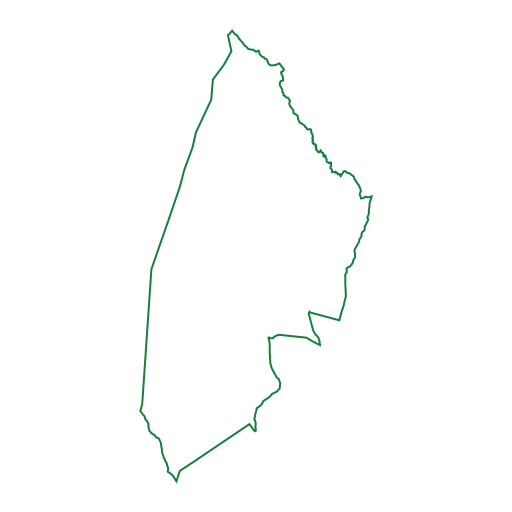 Jaman South Municipal, Brong Ahafo, Ghana
{"feature_id": "2480657B92052873943163", "entity_name": "Jaman South Municipal", "entity_type": "district", "adm_level": 2, "iso_a3": "GHA", "parent_name": "Ghana", "parent_adm1": "Brong Ahafo", "projection": "equal_earth", "projection_center": [-2.766, 7.621], "detail": "fine", "context": "isolated", "style": "outline", "palette": "green", "viewbox_px": 512, "rotation_deg": 0, "n_neighbors": 0, "source": "geoboundaries", "source_scale": "gbopen_adm2", "svg_char_len": 5958}
<svg xmlns="http://www.w3.org/2000/svg" viewBox="0 0 512 512"><path d="M371.7,196.4L369.1,197.2L367.8,197.3L365.7,196.7L365.3,196.7L363.8,197.9L361.1,198.5L360.6,197.3L360.3,195.8L359.7,194.9L359.8,193.7L360.8,191.1L360.8,190.4L360.1,188.3L359.3,186.3L358.6,184.8L358.3,184.4L357.6,183.9L357.4,183.6L357.0,182.6L356.1,181.6L355.9,181.3L355.5,180.2L354.5,179.0L353.8,176.6L351.0,174.5L350.7,174.5L350.4,173.9L350.2,173.7L349.0,173.0L347.6,173.0L347.2,172.9L346.6,172.1L345.9,171.9L345.4,171.2L345.2,171.1L344.8,171.2L344.3,171.0L343.9,171.2L340.7,176.2L340.1,175.5L340.2,174.4L339.9,174.1L339.1,174.2L338.5,174.0L338.3,174.0L337.8,174.3L337.5,173.4L337.1,172.7L336.7,172.4L336.4,172.4L336.1,172.6L335.8,172.7L335.5,172.6L335.3,171.7L332.1,172.2L332.2,171.7L332.0,171.4L331.9,169.8L331.6,169.2L330.6,168.4L330.3,167.9L330.4,167.2L330.9,166.6L331.0,166.4L331.0,165.0L331.2,164.0L331.1,163.0L331.0,162.5L330.8,162.5L330.6,162.6L330.6,162.8L330.4,163.0L330.2,163.0L329.9,162.7L329.7,162.6L329.4,163.1L329.2,163.2L328.7,163.0L327.0,161.9L326.7,161.6L326.5,160.8L326.7,159.4L326.6,159.1L325.8,158.1L325.6,157.7L325.5,157.4L325.6,156.2L325.4,155.7L325.1,155.4L324.9,155.4L324.0,156.4L323.3,155.9L323.1,155.5L323.6,154.4L323.6,154.2L323.5,153.9L322.8,152.7L322.6,152.7L322.1,152.8L321.7,152.7L321.4,152.4L321.1,151.4L320.7,151.3L320.7,150.9L320.8,150.7L320.6,150.4L320.0,151.2L319.2,152.1L318.8,152.4L318.3,152.2L317.7,151.6L316.9,150.1L316.0,149.6L315.9,149.2L316.2,149.0L316.4,148.6L316.3,148.3L316.1,147.5L315.6,146.9L315.5,146.1L315.7,145.9L316.1,146.1L316.3,146.0L316.1,145.5L315.9,145.3L315.5,144.5L315.1,144.4L314.3,143.9L313.9,144.0L313.6,143.3L312.9,143.3L312.8,143.1L312.8,142.3L312.4,141.5L312.5,141.1L312.9,140.9L313.0,140.7L312.8,139.9L312.8,138.6L312.7,138.4L312.3,138.4L312.2,138.1L312.4,137.6L312.8,137.2L313.0,136.9L313.0,136.5L312.8,135.9L312.6,135.6L312.5,135.3L312.4,134.3L311.6,133.1L311.4,132.5L311.2,132.0L311.2,131.3L310.9,129.5L310.7,129.4L309.6,129.1L309.1,129.2L308.3,129.6L308.0,129.5L306.8,129.0L306.4,127.7L305.2,127.0L305.0,126.6L304.8,126.0L304.4,125.4L303.0,124.5L302.2,124.3L301.8,123.6L301.4,123.2L300.1,122.9L299.6,122.5L297.9,118.5L297.8,118.0L297.8,116.1L297.5,115.7L296.1,114.8L295.5,113.9L293.5,113.3L293.3,110.0L292.6,109.3L291.5,107.9L291.1,107.3L290.7,106.9L290.2,106.3L289.7,105.0L289.3,104.0L289.3,102.9L289.4,102.4L290.0,101.3L290.0,100.7L287.9,97.7L287.0,97.7L286.1,97.4L285.7,97.0L285.3,96.3L284.0,95.6L283.6,95.4L283.4,95.1L283.6,94.2L283.5,93.5L282.9,92.6L282.5,92.2L282.4,91.8L282.3,91.3L282.4,90.0L279.8,85.1L279.7,84.3L280.3,81.7L280.7,81.2L281.8,80.8L282.9,80.7L283.1,80.0L283.1,78.5L282.5,76.1L281.3,73.8L281.1,72.2L281.5,71.7L282.2,71.7L283.2,70.8L283.9,69.8L283.5,69.0L279.4,63.4L275.1,65.1L274.2,65.1L272.8,65.4L271.5,65.4L270.4,65.2L269.5,64.7L268.8,64.0L268.4,63.4L267.0,59.8L266.4,59.1L265.0,58.5L264.6,58.6L264.1,57.6L263.9,57.3L263.5,57.2L262.5,57.0L261.0,55.7L259.4,53.8L259.4,52.6L259.3,52.0L259.1,51.2L258.8,50.8L258.2,50.6L256.6,51.7L255.6,51.6L255.1,51.4L254.9,50.9L253.2,49.7L251.2,49.7L248.5,49.0L247.9,48.7L247.4,47.9L247.0,47.6L246.1,46.4L245.9,46.2L244.9,45.9L243.6,44.2L243.1,43.2L240.1,39.8L238.9,38.7L238.3,37.1L237.1,35.4L235.1,34.2L233.8,32.9L232.2,30.7L231.6,31.4L231.4,31.4L229.5,34.0L227.9,35.0L231.4,51.3L223.9,64.8L212.9,79.5L211.2,99.8L195.9,132.5L192.5,147.5L184.3,169.8L180.0,186.3L170.1,215.5L151.4,269.2L142.2,404.2L140.3,411.0L141.2,412.1L141.5,412.7L142.2,413.4L142.9,414.6L144.6,416.2L144.8,416.8L144.9,417.9L145.2,418.9L146.5,420.3L146.8,421.1L147.3,421.6L147.6,422.3L148.3,423.3L148.5,424.5L148.4,425.5L148.2,426.5L148.7,427.3L148.7,428.2L148.9,428.4L149.0,428.8L149.3,430.4L149.4,430.8L150.2,431.7L150.7,432.4L151.0,432.7L151.4,432.8L152.7,434.4L153.8,434.5L154.2,434.7L154.5,434.9L154.8,435.4L155.3,436.4L157.0,437.8L158.2,438.0L158.5,438.3L159.0,438.8L159.8,440.5L160.0,441.1L160.7,442.4L161.1,443.6L161.0,444.7L161.3,445.8L161.4,447.0L161.8,448.6L162.0,451.7L162.3,452.6L162.3,453.1L162.6,454.3L163.4,455.9L163.6,457.4L164.2,458.1L164.6,459.0L165.2,460.8L165.5,461.4L166.7,463.2L166.9,464.2L167.0,465.1L167.5,466.3L168.2,468.4L168.1,469.4L167.8,470.7L167.8,471.6L168.4,472.2L168.8,472.4L169.3,472.8L170.3,473.2L171.1,474.2L172.1,474.9L172.9,475.5L173.4,476.4L173.5,477.0L174.0,477.4L176.4,481.3L179.8,470.9L191.4,463.3L248.9,424.5L249.5,424.2L254.3,430.8L255.5,431.2L255.8,430.4L255.8,430.0L255.6,429.1L255.7,428.1L255.5,427.5L255.4,426.3L255.6,425.5L255.7,423.6L255.6,422.4L255.2,421.4L254.5,418.9L254.4,418.1L254.9,417.0L255.1,415.7L255.0,415.3L256.7,409.1L256.7,408.3L261.3,404.9L263.5,401.1L263.5,400.9L269.3,397.2L271.6,394.6L271.9,394.0L276.9,391.6L279.7,388.3L280.2,383.2L278.7,379.0L277.2,377.9L276.4,377.1L275.3,374.8L273.6,371.8L271.3,367.2L271.1,365.3L270.4,363.6L270.2,362.3L270.3,360.5L269.9,358.5L270.0,356.3L269.7,352.5L269.7,347.7L269.8,345.0L269.5,342.2L269.2,341.2L268.4,336.8L269.3,338.0L269.6,338.2L272.9,338.3L273.8,337.1L274.2,336.7L274.9,336.5L276.0,335.8L277.2,335.3L278.4,335.0L279.9,334.9L306.5,337.7L311.9,341.0L315.4,342.7L317.1,343.8L319.5,344.5L320.0,345.1L320.2,344.6L319.7,344.1L319.5,343.3L319.7,341.9L319.5,341.1L319.0,339.9L318.6,338.1L317.5,336.4L316.0,335.0L314.7,333.4L313.4,330.8L312.9,329.3L310.8,321.5L309.7,317.3L309.3,315.4L308.9,314.5L308.8,313.7L308.9,312.8L309.5,311.8L309.9,312.4L339.3,320.3L341.4,312.4L343.5,306.1L344.8,300.4L345.9,296.4L345.3,284.1L345.3,277.9L345.2,274.7L346.3,272.8L346.9,272.0L346.5,268.8L346.9,268.0L350.1,266.3L350.6,265.8L353.1,262.3L353.1,260.5L353.3,260.1L354.9,257.7L355.1,256.4L355.1,255.2L354.9,253.2L354.5,251.2L354.4,250.5L354.7,249.4L357.8,244.1L358.7,242.4L359.0,241.8L359.3,240.1L359.6,239.0L360.1,238.3L361.5,236.5L361.5,233.8L361.9,233.1L362.0,232.4L364.4,230.3L364.7,228.7L364.7,226.8L364.9,226.2L365.2,225.6L365.7,225.0L368.2,219.8L367.4,217.4L368.9,213.7L368.8,211.8L369.0,209.1L369.4,206.6L369.6,203.6L369.7,202.9L371.7,196.4Z" fill="none" stroke="#15803d" stroke-width="2"/></svg>